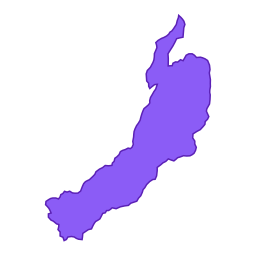 Rubiácea, São Paulo, Brazil (Albers equal-area conic projection)
{"feature_id": "56859067B43286600004708", "entity_name": "Rubiácea", "entity_type": "district", "adm_level": 2, "iso_a3": "BRA", "parent_name": "Brazil", "parent_adm1": "São Paulo", "projection": "albers", "projection_center": [-50.795, -21.344], "detail": "fine", "context": "isolated", "style": "filled", "palette": "violet", "viewbox_px": 256, "rotation_deg": 0, "n_neighbors": 0, "source": "geoboundaries", "source_scale": "gbopen_adm2", "svg_char_len": 2662}
<svg xmlns="http://www.w3.org/2000/svg" viewBox="0 0 256 256"><path d="M46.0,201.4L45.6,204.7L47.5,206.7L49.0,208.5L50.1,210.7L51.1,213.0L48.4,213.9L48.4,217.2L51.0,220.1L53.4,221.2L56.6,223.9L58.8,224.5L58.7,226.8L58.0,229.6L60.1,232.0L60.1,236.0L63.0,237.3L64.1,240.6L66.4,239.5L67.9,237.0L71.5,236.5L74.3,237.0L76.2,238.3L78.5,239.2L82.1,239.6L82.5,236.8L82.8,233.4L85.7,231.4L88.4,229.6L91.5,228.9L92.9,225.8L94.2,223.4L95.6,221.5L97.9,220.2L99.9,218.9L101.1,216.6L102.7,213.4L105.3,212.8L106.5,210.6L108.6,210.5L110.5,209.3L112.2,207.8L116.1,208.7L120.4,206.8L124.6,205.9L128.4,205.4L130.8,203.2L136.8,201.2L138.5,198.2L140.8,195.7L142.3,192.3L143.1,189.6L144.8,187.7L146.6,184.6L149.7,181.5L152.8,179.5L155.1,179.3L156.6,175.9L156.9,173.2L157.2,170.6L157.2,167.4L160.6,164.9L163.0,162.8L165.8,161.4L168.3,158.9L171.1,160.0L173.9,160.9L175.7,159.5L177.6,157.7L180.3,156.9L183.5,155.7L186.7,156.0L190.0,155.8L192.3,154.6L194.0,153.3L195.5,150.5L196.3,147.3L194.8,144.1L194.8,141.1L192.7,137.9L193.0,133.9L196.9,131.4L200.3,129.6L203.0,126.7L204.9,124.4L205.2,121.6L207.5,119.3L208.8,116.6L206.4,111.2L206.8,108.8L209.5,104.0L210.0,99.6L210.2,94.9L209.7,92.4L209.8,89.9L210.4,86.6L210.3,83.4L210.4,79.7L209.7,75.3L209.3,72.9L210.0,69.6L209.5,65.1L207.6,60.5L205.0,58.8L202.6,57.8L200.5,57.2L196.5,57.5L194.4,55.2L192.2,53.8L188.9,53.8L186.2,55.2L183.1,60.7L180.5,59.7L177.7,62.1L175.5,61.9L173.0,63.2L172.2,65.7L168.2,65.9L168.3,58.6L168.0,53.8L169.4,51.5L172.9,46.0L175.1,41.9L176.6,38.7L179.5,37.9L183.0,37.2L183.8,27.8L184.9,24.5L183.9,21.2L182.5,19.2L180.9,17.4L178.7,15.4L178.4,17.6L177.3,20.4L176.3,24.5L173.5,28.8L171.8,31.0L170.0,32.1L168.7,34.2L166.6,36.0L163.8,37.5L161.5,38.4L158.1,40.4L155.8,42.6L156.6,45.2L156.9,47.7L155.6,50.8L154.4,53.6L154.3,56.9L153.9,59.9L153.0,62.4L150.4,67.3L147.3,70.5L146.2,73.9L146.7,81.0L148.6,83.2L148.7,86.3L149.8,88.5L151.4,87.1L154.6,84.6L157.3,84.3L155.7,89.1L153.9,91.6L152.4,94.3L150.5,97.5L149.7,100.6L149.8,103.0L148.4,104.9L146.2,106.8L144.0,108.6L142.9,111.0L141.8,114.0L140.8,117.4L140.1,120.3L138.3,123.3L136.6,125.6L135.1,128.7L134.1,131.5L133.8,134.2L133.6,137.0L132.8,141.4L133.3,144.3L132.0,147.3L130.4,148.6L128.1,148.1L125.4,149.5L122.6,150.4L120.4,151.6L119.1,154.6L116.8,156.9L114.9,158.2L114.1,161.4L112.4,163.0L111.9,165.4L108.6,165.8L105.2,165.5L102.6,167.6L99.5,169.1L96.0,171.7L94.8,174.4L92.8,176.5L89.4,179.7L87.4,180.6L85.4,181.7L83.7,183.6L82.5,186.2L80.6,191.1L77.9,193.1L74.9,193.2L72.4,192.9L69.7,191.2L67.0,192.1L64.5,191.3L62.9,193.5L60.8,194.6L60.1,196.9L58.5,198.9L55.8,198.0L52.8,198.0L50.6,198.5L48.5,199.7L46.0,201.4Z" fill="#8b5cf6" stroke="#5b21b6" stroke-width="1.5"/></svg>